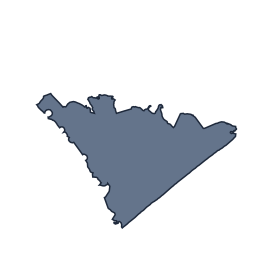 Ada East, Greater Accra, Ghana, rotated 315°
{"feature_id": "2480657B57636315193797", "entity_name": "Ada East", "entity_type": "district", "adm_level": 2, "iso_a3": "GHA", "parent_name": "Ghana", "parent_adm1": "Greater Accra", "projection": "natural_earth1", "projection_center": [0.584, 5.876], "detail": "fine", "context": "isolated", "style": "filled", "palette": "slate", "viewbox_px": 256, "rotation_deg": 315, "n_neighbors": 0, "source": "geoboundaries", "source_scale": "gbopen_adm2", "svg_char_len": 5693}
<svg xmlns="http://www.w3.org/2000/svg" viewBox="0 0 256 256"><g transform="rotate(315 128 128)"><path d="M205.2,203.0L203.5,200.7L203.3,200.2L203.0,199.2L203.1,198.5L202.9,198.2L202.7,197.4L202.5,197.0L201.9,196.2L201.9,195.7L201.7,195.3L201.6,195.6L201.8,195.8L201.7,195.9L201.1,195.3L200.9,195.1L200.9,194.3L200.6,193.6L200.4,192.3L200.0,191.6L198.4,189.7L196.3,188.5L195.4,188.1L194.7,188.0L194.2,187.6L193.5,187.0L182.4,182.6L181.3,182.0L181.1,181.3L181.0,180.8L181.2,180.1L183.1,167.9L182.9,166.8L182.8,166.0L182.7,165.6L182.7,165.4L182.8,165.3L183.0,165.3L183.1,165.1L182.8,164.7L182.6,164.6L182.7,164.9L182.6,165.1L182.4,164.5L182.6,164.2L182.4,164.0L182.2,162.9L181.2,161.5L180.7,160.9L180.0,159.9L178.0,158.4L177.7,158.0L177.5,156.8L175.9,155.5L175.3,154.9L175.4,154.6L175.1,155.0L162.0,159.8L160.4,159.8L160.3,157.8L160.5,156.3L160.4,154.8L160.0,154.2L159.7,153.5L159.4,153.2L159.4,152.9L159.5,152.1L160.2,151.1L159.6,148.2L159.5,147.2L159.6,146.4L160.1,144.7L160.7,143.4L161.5,142.5L162.3,141.3L163.3,139.1L163.8,138.1L164.2,137.7L164.9,137.5L165.1,137.4L165.2,136.9L165.5,136.8L165.8,136.8L166.3,137.0L166.6,137.6L166.6,137.9L167.0,138.2L167.9,136.8L167.8,136.5L168.0,136.1L167.9,134.8L167.4,134.7L166.8,134.0L165.9,133.9L164.7,134.4L163.7,135.1L163.2,135.3L161.7,135.7L160.9,135.8L160.4,136.0L159.2,136.0L157.9,136.7L157.4,136.7L156.9,136.5L155.8,135.1L155.5,134.2L155.4,133.7L155.4,132.2L155.2,130.9L155.2,130.2L155.5,129.4L156.2,128.8L156.5,128.6L158.1,128.3L158.3,128.3L159.4,128.8L159.7,128.5L159.6,128.0L159.1,127.6L158.1,127.5L155.6,128.2L154.6,127.9L154.2,127.6L153.8,127.2L152.5,126.9L152.1,127.0L151.5,127.1L150.9,125.9L150.9,125.5L151.0,124.4L150.8,122.1L150.6,121.7L150.0,121.2L149.7,120.8L148.7,119.0L148.5,118.3L148.0,117.9L147.6,117.9L147.2,117.3L147.1,117.0L146.8,116.6L145.6,116.0L145.2,116.0L143.7,116.8L136.8,113.0L130.2,109.5L131.2,107.5L131.7,106.6L132.1,106.2L132.6,105.3L132.7,104.5L132.6,104.1L132.5,103.8L134.1,101.7L134.8,100.9L135.7,100.5L136.1,99.9L136.6,99.6L137.3,99.3L138.7,99.1L138.3,97.0L138.2,96.9L137.9,96.8L137.9,96.4L137.3,96.4L137.1,96.2L137.4,95.4L137.8,95.1L138.4,94.9L138.8,95.0L139.2,95.4L139.4,95.4L139.6,95.1L139.5,94.6L139.0,94.2L138.5,93.4L137.3,92.3L136.3,91.1L136.4,90.9L136.0,89.9L135.5,89.0L134.9,88.1L134.0,87.4L133.7,87.4L133.4,87.1L132.6,86.6L132.1,86.0L132.0,85.7L132.1,85.4L132.0,85.1L131.2,84.2L129.9,84.8L129.7,84.8L129.4,85.0L129.4,85.4L129.4,85.8L129.2,86.2L128.5,86.8L128.4,86.7L128.1,86.4L127.8,86.4L127.6,86.5L127.2,85.7L127.3,85.5L127.6,85.6L128.1,85.0L128.3,84.4L128.2,84.3L127.8,84.5L127.4,84.3L127.1,84.3L127.0,84.6L126.9,84.6L126.4,84.2L126.2,83.6L125.8,83.0L125.5,82.9L124.8,82.0L124.6,80.1L123.4,79.8L122.8,79.2L122.3,79.2L121.7,78.7L121.3,78.7L120.8,78.9L120.4,79.3L119.9,79.3L119.1,82.7L118.4,84.0L118.1,86.6L117.4,88.7L117.1,88.8L116.1,89.2L115.8,89.7L115.6,92.1L114.9,93.0L114.6,93.8L113.5,92.0L112.9,91.1L112.6,90.3L114.5,88.0L115.1,87.2L114.7,86.1L114.6,85.5L114.5,85.3L114.3,85.1L113.8,85.1L113.4,85.3L113.1,85.2L113.0,84.6L113.6,83.3L114.0,82.9L114.2,82.7L113.7,82.4L112.5,82.7L112.2,82.5L112.1,82.3L112.2,81.7L111.8,79.4L110.8,76.1L110.2,75.0L109.3,72.6L108.5,71.3L108.1,70.7L107.5,70.3L105.0,68.7L104.3,68.6L103.0,68.6L102.5,68.4L99.2,69.1L98.9,69.0L97.7,67.4L96.8,67.3L97.1,62.1L97.3,51.1L97.7,49.0L95.1,47.8L94.2,47.5L92.3,46.5L90.8,45.9L90.1,46.4L89.6,46.9L88.3,47.2L85.1,47.3L83.5,47.6L82.6,47.9L79.9,47.0L79.9,48.0L79.2,50.1L79.2,53.9L79.4,55.8L79.4,57.2L79.6,57.8L79.3,58.2L79.7,58.6L80.6,57.9L81.8,57.6L83.1,57.7L84.8,58.7L85.9,60.3L85.8,61.8L85.4,63.6L84.2,64.7L82.7,65.1L80.6,64.6L79.7,64.3L79.2,63.8L78.3,65.0L79.8,67.6L80.1,67.9L80.2,68.7L80.3,69.4L80.7,69.9L80.9,70.7L81.0,72.3L80.6,74.8L80.3,75.7L79.8,79.5L81.4,79.8L82.6,81.1L82.8,82.8L82.1,84.4L81.1,85.3L79.4,85.5L80.6,86.1L80.8,87.9L80.2,90.2L79.2,90.8L79.8,93.2L78.6,93.5L77.5,94.5L77.1,96.2L77.4,97.8L78.4,99.3L79.5,99.8L77.3,113.5L77.0,114.8L78.3,115.2L78.9,116.4L79.3,118.3L78.6,120.0L77.4,121.0L75.8,121.3L75.2,121.0L74.5,124.1L72.0,127.0L71.6,129.7L70.5,132.3L70.7,133.4L71.5,135.0L70.4,135.4L69.9,135.9L68.4,137.8L69.1,138.5L70.9,140.7L71.1,142.1L70.5,143.1L70.7,144.6L70.7,145.5L70.3,146.9L70.3,147.8L67.4,148.1L67.9,148.5L69.1,150.8L70.0,151.9L70.9,152.6L72.0,152.8L73.2,153.3L73.6,153.3L74.0,153.0L74.5,152.7L74.0,156.3L70.0,159.5L63.3,160.9L62.1,160.5L57.4,170.4L57.2,171.1L57.7,173.2L57.5,175.4L58.5,178.6L57.8,180.0L57.4,180.3L52.3,181.5L52.7,182.7L52.8,183.8L53.3,184.5L54.2,185.3L54.2,186.2L52.9,186.3L52.9,186.8L51.6,185.9L51.6,185.3L51.3,184.9L51.0,185.1L50.8,185.8L51.4,187.2L51.8,187.3L52.6,187.7L53.5,188.3L53.7,188.0L55.5,187.7L55.9,188.1L56.1,190.0L55.2,191.9L53.5,193.4L53.3,194.6L55.7,194.8L56.9,195.0L59.6,195.3L61.8,195.3L65.0,195.7L69.6,196.2L74.4,196.3L77.1,196.7L77.8,196.5L80.8,197.1L85.2,197.1L89.8,197.8L91.1,197.6L94.0,198.2L95.0,198.6L95.9,198.6L97.8,199.1L99.3,199.1L100.0,199.2L100.8,199.5L104.5,199.7L105.2,199.9L108.2,200.1L116.9,200.6L119.1,200.9L121.2,200.9L123.0,201.3L124.4,201.3L134.3,202.5L137.5,202.8L139.5,203.2L143.1,203.3L145.7,203.7L147.0,204.0L150.1,204.1L151.6,204.5L160.0,205.4L162.5,205.8L164.4,205.9L168.8,206.7L171.2,206.8L172.2,207.1L174.0,207.3L175.4,207.3L176.6,208.0L177.9,208.1L180.6,208.8L183.4,209.0L184.9,209.5L190.8,209.9L193.3,210.1L195.5,210.1L196.0,209.9L196.6,210.0L198.0,210.0L200.0,208.4L199.8,208.2L199.5,207.4L198.3,205.7L197.9,205.4L197.4,205.2L197.2,205.0L197.0,203.8L197.3,203.4L198.0,203.2L198.4,203.4L198.8,204.1L199.4,204.7L199.7,205.3L199.9,205.3L200.1,205.1L200.5,205.3L200.7,204.9L201.0,204.9L201.3,204.9L201.8,205.5L201.9,205.3L202.3,205.4L203.7,205.6L204.1,205.3L204.4,203.9L205.2,203.0Z" fill="#64748b" stroke="#1e293b" stroke-width="1.5"/></g></svg>